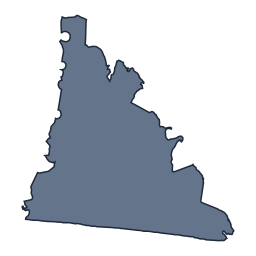 the district of Ada East, Greater Accra, Ghana
{"feature_id": "2480657B57636315193797", "entity_name": "Ada East", "entity_type": "district", "adm_level": 2, "iso_a3": "GHA", "parent_name": "Ghana", "parent_adm1": "Greater Accra", "projection": "natural_earth1", "projection_center": [0.584, 5.876], "detail": "fine", "context": "isolated", "style": "filled", "palette": "slate", "viewbox_px": 256, "rotation_deg": 0, "n_neighbors": 0, "source": "geoboundaries", "source_scale": "gbopen_adm2", "svg_char_len": 5702}
<svg xmlns="http://www.w3.org/2000/svg" viewBox="0 0 256 256"><path d="M233.8,230.9L231.6,227.6L231.3,227.1L230.9,225.6L231.0,224.7L230.7,224.3L230.5,223.2L230.2,222.6L229.4,221.6L229.4,220.9L229.1,220.3L229.0,220.7L229.2,221.0L228.8,221.0L228.3,220.2L228.0,220.1L228.0,219.0L227.6,218.0L227.3,216.2L226.7,215.3L224.5,212.6L221.7,211.0L220.4,210.4L219.5,210.2L218.8,209.8L217.8,209.0L202.6,202.9L201.1,202.1L200.8,201.2L200.8,200.5L201.0,199.5L203.5,182.7L203.2,181.2L203.2,180.1L203.0,179.6L203.0,179.4L203.1,179.2L203.4,179.2L203.6,178.9L203.1,178.3L202.9,178.2L203.0,178.7L202.9,178.9L202.6,178.1L202.9,177.7L202.6,177.4L202.4,175.9L201.0,174.0L200.2,173.2L199.4,171.8L196.6,169.7L196.2,169.2L195.9,167.5L193.7,165.8L192.9,164.8L193.0,164.5L192.8,164.5L192.5,165.0L174.6,171.7L172.5,171.6L172.3,168.9L172.5,166.9L172.5,164.8L171.8,164.0L171.4,162.9L171.1,162.5L171.0,162.2L171.2,161.0L172.2,159.6L171.4,155.7L171.3,154.3L171.4,153.3L172.0,150.9L172.8,149.1L173.9,147.9L175.0,146.3L176.4,143.3L177.2,141.9L177.6,141.3L178.7,141.0L178.9,140.8L179.1,140.2L179.5,140.0L179.8,140.0L180.5,140.3L180.9,141.1L181.0,141.6L181.5,141.9L182.7,140.1L182.6,139.7L182.9,139.1L182.7,137.4L182.1,137.1L181.3,136.2L179.9,136.2L178.3,136.8L176.9,137.7L176.3,138.0L174.2,138.6L173.1,138.7L172.4,139.0L170.8,139.0L168.9,139.9L168.3,139.9L167.7,139.7L166.1,137.7L165.7,136.5L165.6,135.8L165.6,133.8L165.3,132.0L165.4,131.0L165.8,130.0L166.6,129.0L167.1,128.8L169.2,128.4L169.6,128.4L171.1,129.1L171.5,128.7L171.4,127.9L170.6,127.5L169.2,127.3L165.8,128.2L164.5,127.9L164.0,127.5L163.4,126.8L161.6,126.5L161.1,126.7L160.2,126.8L159.5,125.2L159.4,124.5L159.6,123.0L159.3,119.9L159.1,119.3L158.2,118.6L157.8,118.1L156.4,115.7L156.1,114.7L155.4,114.2L154.9,114.1L154.3,113.3L154.2,112.9L153.8,112.4L152.2,111.6L151.6,111.6L149.5,112.7L140.1,107.5L131.0,102.6L132.3,99.9L133.1,98.7L133.6,98.1L134.2,96.9L134.4,95.8L134.3,95.2L134.1,94.9L136.4,91.9L137.3,90.8L138.6,90.3L139.2,89.5L139.7,89.1L140.8,88.7L142.6,88.4L142.1,85.5L142.0,85.3L141.6,85.2L141.5,84.7L140.8,84.6L140.5,84.4L140.9,83.3L141.5,82.8L142.3,82.6L142.8,82.8L143.4,83.3L143.6,83.3L143.9,82.8L143.8,82.2L143.1,81.6L142.4,80.5L140.8,79.0L139.3,77.4L139.6,77.3L139.5,77.1L139.0,75.8L138.3,74.5L137.5,73.3L136.3,72.4L135.8,72.3L135.4,71.9L134.3,71.3L133.6,70.3L133.5,70.0L133.6,69.6L133.5,69.2L132.4,68.0L130.6,68.7L130.4,68.7L129.9,69.0L129.9,69.5L130.0,70.1L129.6,70.6L128.7,71.5L128.5,71.4L128.2,70.9L127.7,70.9L127.5,71.1L127.0,70.0L127.1,69.6L127.5,69.8L128.2,69.0L128.4,68.3L128.3,68.1L128.1,68.0L127.7,68.4L127.2,68.0L126.8,68.1L126.7,68.5L125.9,68.0L125.6,67.2L125.0,66.3L124.6,66.1L123.6,64.8L123.3,62.4L121.7,61.8L120.8,61.1L120.2,61.0L119.4,60.4L118.8,60.3L118.2,60.6L117.6,61.2L116.9,61.2L115.8,65.9L114.8,67.6L114.4,71.2L113.4,74.1L113.1,74.3L111.6,74.8L111.2,75.5L110.9,78.7L110.0,80.0L109.7,81.1L108.1,78.6L107.3,77.4L106.9,76.3L109.5,73.2L110.4,72.0L109.8,70.6L109.7,69.7L109.5,69.4L109.2,69.2L108.5,69.1L107.9,69.4L107.6,69.3L107.4,69.2L107.5,68.5L108.3,66.7L108.8,66.2L109.1,65.8L109.1,65.6L108.4,65.4L106.7,65.9L106.4,65.6L106.2,65.3L106.3,64.5L105.8,61.3L104.5,56.8L103.6,55.3L102.3,52.0L101.2,50.2L100.7,49.5L99.9,48.9L96.5,46.7L95.6,46.5L93.6,46.5L93.0,46.3L88.5,47.2L88.2,47.0L86.4,45.0L85.2,44.8L85.6,37.7L86.0,22.5L86.4,19.6L82.9,17.9L81.6,17.6L79.0,16.1L77.0,15.4L76.0,16.0L75.3,16.8L73.5,17.2L69.2,17.4L66.9,17.7L65.8,18.2L62.1,17.0L62.0,18.2L61.1,21.2L61.1,26.4L61.3,28.9L61.3,31.0L61.6,31.8L61.3,32.3L61.7,32.8L63.0,31.8L64.6,31.4L66.4,31.6L68.8,32.9L70.2,35.1L70.1,37.2L69.6,39.7L67.9,41.2L65.9,41.8L62.9,41.1L61.7,40.6L61.1,40.0L59.8,41.5L62.0,45.1L62.3,45.5L62.4,46.6L62.6,47.6L63.2,48.4L63.4,49.4L63.5,51.6L63.0,55.0L62.6,56.3L61.9,61.5L64.1,61.9L65.7,63.7L66.0,66.0L65.0,68.2L63.7,69.4L61.3,69.7L63.0,70.5L63.2,73.0L62.4,76.2L61.0,77.0L61.9,80.2L60.2,80.7L58.7,82.1L58.2,84.4L58.6,86.5L60.0,88.6L61.5,89.4L58.5,108.1L58.1,109.9L59.8,110.4L60.7,112.1L61.2,114.7L60.3,117.1L58.6,118.4L56.4,118.8L55.6,118.4L54.6,122.7L51.1,126.6L50.6,130.3L49.1,133.9L49.4,135.4L50.5,137.7L49.0,138.2L48.3,138.8L46.3,141.5L47.2,142.4L49.7,145.4L50.0,147.3L49.2,148.7L49.4,150.8L49.4,152.0L48.8,154.0L48.9,155.1L44.9,155.6L45.6,156.2L47.3,159.3L48.5,160.7L49.6,161.7L51.1,162.0L52.9,162.7L53.4,162.7L53.9,162.3L54.3,162.4L54.6,161.9L54.9,161.8L54.0,166.9L48.5,171.3L39.3,173.1L37.6,172.6L31.1,186.2L30.9,187.1L31.6,189.9L31.2,193.1L32.7,197.4L31.8,199.4L31.2,199.7L24.2,201.3L24.8,203.0L24.9,204.5L25.6,205.5L26.8,206.5L26.7,207.8L25.0,208.0L25.0,208.6L23.2,207.5L23.2,206.6L22.8,206.1L22.4,206.3L22.2,207.3L22.9,209.2L23.5,209.3L24.6,209.9L25.8,210.6L26.1,210.3L28.5,209.9L29.1,210.5L29.4,213.1L28.2,215.6L25.8,217.8L25.6,219.3L28.9,219.6L30.4,219.9L34.2,220.3L37.2,220.2L41.5,220.9L47.9,221.5L54.5,221.7L58.1,222.2L59.2,222.0L63.3,222.7L69.3,222.7L75.6,223.8L77.3,223.5L81.4,224.2L82.8,224.8L83.9,224.8L86.5,225.5L88.6,225.5L89.6,225.6L90.7,226.1L95.8,226.3L96.8,226.7L100.8,226.9L112.8,227.6L115.8,228.0L118.7,228.0L121.1,228.5L123.1,228.6L136.6,230.2L141.0,230.6L143.7,231.2L148.7,231.3L152.3,231.8L154.1,232.2L158.3,232.4L160.3,232.9L171.8,234.2L175.3,234.8L178.0,234.8L183.9,235.9L187.2,236.1L188.7,236.5L191.1,236.7L193.0,236.7L194.7,237.7L196.4,237.8L200.2,238.9L204.0,239.0L206.0,239.8L214.1,240.3L217.6,240.6L220.6,240.6L221.3,240.3L222.1,240.5L224.0,240.5L226.8,238.3L226.5,238.0L226.1,236.9L224.4,234.6L223.8,234.2L223.2,233.9L223.0,233.7L222.6,231.9L223.1,231.4L223.9,231.1L224.5,231.4L225.1,232.4L225.9,233.2L226.4,234.0L226.6,234.1L226.9,233.8L227.5,234.0L227.8,233.5L228.1,233.4L228.5,233.5L229.2,234.3L229.4,234.1L230.0,234.1L231.8,234.5L232.4,234.0L232.8,232.1L233.8,230.9Z" fill="#64748b" stroke="#1e293b" stroke-width="1.5"/></svg>